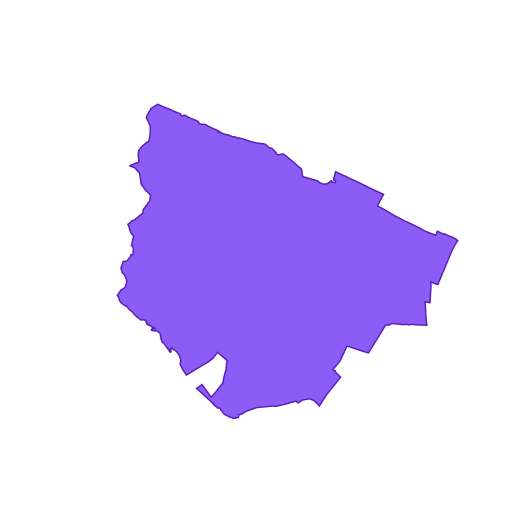 Dumesti, Vaslui, Romania, rotated 130°
{"feature_id": "2599482B81898841183447", "entity_name": "Dumesti", "entity_type": "district", "adm_level": 2, "iso_a3": "ROU", "parent_name": "Romania", "parent_adm1": "Vaslui", "projection": "albers", "projection_center": [27.317, 46.829], "detail": "fine", "context": "isolated", "style": "filled", "palette": "violet", "viewbox_px": 512, "rotation_deg": 130, "n_neighbors": 0, "source": "geoboundaries", "source_scale": "gbopen_adm2", "svg_char_len": 6144}
<svg xmlns="http://www.w3.org/2000/svg" viewBox="0 0 512 512"><g transform="rotate(130 256 256)"><path d="M268.4,410.9L268.1,410.5L266.8,407.0L266.4,405.5L266.6,403.6L267.4,398.5L269.1,396.4L273.4,391.7L273.9,390.8L274.1,390.2L274.5,390.4L275.4,388.5L275.3,386.7L276.2,385.0L276.8,382.2L276.6,381.3L276.7,380.3L276.8,378.2L277.2,376.8L277.2,375.9L277.5,375.6L278.9,374.9L279.4,374.4L281.0,373.6L281.6,373.1L282.4,372.8L283.4,372.7L284.2,372.9L286.3,372.5L288.2,372.5L290.3,372.3L292.0,372.3L293.0,372.2L293.7,371.8L295.2,370.6L295.7,370.4L297.2,370.5L298.6,370.9L301.6,371.3L302.5,371.3L304.5,372.2L305.3,371.9L306.0,372.0L307.1,372.5L308.4,373.4L309.4,373.8L311.1,374.0L311.9,373.9L312.4,374.0L313.7,374.6L314.1,374.4L314.4,374.1L314.8,372.8L317.4,369.1L318.2,367.7L318.9,365.8L319.6,362.3L319.9,362.1L323.3,360.7L327.5,358.2L328.0,358.2L328.1,357.1L328.4,356.1L328.8,355.1L329.7,354.2L331.2,353.4L332.1,352.4L333.8,351.4L334.1,351.2L334.5,351.6L334.8,352.3L335.3,352.6L335.7,352.6L337.0,351.8L337.4,351.7L338.6,351.8L340.8,351.7L342.7,351.7L343.5,352.0L345.5,354.2L349.8,352.5L350.6,352.3L351.9,351.7L352.5,351.3L353.3,349.8L354.1,348.5L354.8,347.7L354.8,347.0L354.7,345.3L356.5,341.6L357.8,339.4L359.5,338.1L363.7,336.3L364.4,336.2L365.5,336.3L368.9,337.6L375.0,336.9L375.5,336.8L375.6,335.7L375.9,334.9L376.2,334.2L377.0,333.2L377.7,331.9L378.2,330.8L378.6,329.3L378.2,323.8L377.9,323.0L377.7,321.9L378.1,320.7L378.3,319.7L378.5,316.8L378.2,315.8L378.6,313.8L378.6,313.2L378.9,312.5L379.0,311.5L379.2,307.6L379.0,305.8L378.9,302.7L378.5,302.6L377.3,301.3L376.7,300.0L376.2,299.3L376.2,298.9L376.2,298.5L376.9,297.8L377.4,297.5L377.2,297.1L377.2,296.7L378.1,296.3L378.3,295.7L378.4,294.7L378.3,294.2L377.6,294.2L377.1,288.9L377.2,288.2L376.9,288.0L376.3,288.3L376.3,287.5L376.8,286.9L378.1,288.3L378.5,288.7L379.3,288.9L379.8,288.8L380.0,288.5L380.0,287.9L378.6,285.8L378.3,285.6L378.2,284.8L377.5,284.5L377.2,284.2L377.0,283.5L377.0,282.3L376.8,281.0L376.9,280.1L377.2,279.1L378.3,278.2L379.2,277.2L379.3,276.8L379.3,276.4L379.8,276.0L380.4,275.7L380.8,275.2L381.5,273.4L382.3,272.1L382.4,271.8L382.0,270.8L383.2,266.3L384.0,262.9L383.6,262.7L383.4,262.4L383.4,261.9L383.8,261.6L384.6,261.3L384.8,260.9L384.8,260.5L384.7,259.7L384.4,259.5L383.9,259.8L381.9,261.4L381.7,261.8L381.4,261.9L381.1,261.8L380.8,261.1L380.4,260.8L380.4,260.4L380.7,259.6L380.7,258.8L380.6,258.5L380.3,258.4L380.3,256.6L380.4,254.9L380.7,253.4L381.3,251.5L383.3,247.7L384.6,246.4L387.5,244.6L388.1,244.1L389.1,240.9L389.9,239.7L390.6,237.4L391.3,234.6L392.0,232.8L385.4,230.5L380.3,228.9L376.4,227.5L374.1,226.8L369.5,225.0L366.3,224.1L361.8,223.2L354.4,223.4L354.7,211.0L355.6,210.3L358.0,208.9L361.7,206.3L369.0,202.9L371.7,201.4L374.3,199.8L386.2,199.4L392.6,199.5L392.4,201.7L389.2,214.7L395.6,216.5L396.4,197.6L396.5,194.4L396.8,194.4L396.9,193.5L396.3,193.5L396.5,192.8L397.0,192.4L397.2,190.6L396.8,189.0L397.1,188.3L397.0,187.6L396.8,187.0L396.3,186.7L396.1,186.1L395.7,185.8L395.8,184.7L396.5,184.1L396.5,182.8L396.9,181.5L397.2,181.0L397.5,179.1L397.4,177.2L396.7,175.2L396.8,174.5L396.6,174.2L396.6,173.5L396.4,173.3L396.1,172.3L395.9,171.5L395.5,171.2L395.3,170.8L395.2,169.9L395.0,169.1L394.7,168.8L394.2,168.5L394.1,168.2L393.7,167.7L393.3,167.4L392.8,167.4L392.5,167.0L391.8,166.7L391.1,165.6L389.0,166.9L388.1,166.8L387.7,166.3L385.2,164.9L382.1,164.0L378.9,162.3L374.2,159.6L371.2,157.6L369.3,155.8L366.5,152.9L362.2,148.8L360.2,146.7L358.4,144.6L358.7,144.4L358.0,143.8L350.3,138.1L341.4,132.1L341.6,130.9L341.5,129.4L336.1,127.6L331.0,123.2L330.9,122.8L329.7,119.6L329.4,117.7L329.6,115.4L330.0,112.7L330.4,111.3L330.3,111.1L316.8,112.8L294.4,113.3L294.3,114.1L294.4,115.3L294.1,116.4L294.2,117.4L294.2,118.1L294.0,118.8L294.0,119.7L293.8,120.3L293.2,121.2L293.1,121.5L293.2,121.8L293.7,122.4L293.7,122.9L293.5,124.1L282.8,124.1L266.4,128.4L260.0,112.2L257.9,107.6L225.3,112.3L223.7,109.9L222.8,109.4L220.6,108.7L220.2,108.2L216.8,103.4L215.8,101.8L213.8,98.9L211.8,97.1L210.6,94.8L208.1,92.7L205.8,89.1L204.1,86.9L200.3,82.2L199.4,80.6L197.9,82.0L195.0,85.2L184.8,94.7L182.6,97.1L179.9,92.7L170.6,99.7L167.1,102.1L163.7,105.5L161.1,98.4L125.3,109.5L120.3,110.6L114.5,111.4L114.7,114.9L115.2,117.1L116.0,119.6L116.4,120.4L116.9,121.8L117.9,126.0L118.6,125.9L119.3,128.5L120.0,131.4L120.5,133.0L124.6,131.7L128.6,143.3L129.0,146.4L130.0,151.2L130.3,152.1L132.0,159.1L133.5,164.3L134.3,167.7L134.4,168.5L134.7,170.1L135.8,174.5L136.7,179.6L138.1,188.2L139.5,195.1L138.9,195.4L126.8,197.9L131.1,213.7L132.4,219.4L134.1,226.4L135.5,231.0L135.7,231.5L137.0,236.9L137.1,238.1L137.9,240.2L140.3,249.2L147.6,245.8L147.8,245.6L147.8,245.2L147.1,243.4L149.1,242.7L150.8,246.2L149.9,246.5L150.0,246.9L151.6,247.0L153.2,247.3L154.4,247.8L155.5,248.4L156.4,249.2L157.7,250.6L158.3,252.2L158.9,254.3L158.8,257.1L165.2,271.3L162.8,274.1L160.2,276.8L160.1,278.7L160.3,281.8L160.2,283.5L160.0,285.5L160.1,298.2L160.2,300.1L160.6,301.1L164.0,303.8L164.4,304.5L164.6,305.2L164.5,306.1L163.9,307.2L163.7,308.8L163.4,312.5L163.5,313.2L164.4,315.4L164.6,316.4L164.5,320.8L166.3,324.2L166.9,324.9L167.7,325.9L170.9,331.7L172.7,335.9L173.4,338.1L175.3,342.6L176.0,343.4L176.1,344.3L177.4,346.2L178.1,348.4L179.1,349.7L179.8,350.9L181.1,355.0L182.4,357.3L183.2,358.9L183.6,360.2L184.1,362.8L184.7,363.7L185.4,364.2L185.2,364.5L184.1,364.4L184.4,365.3L184.9,367.8L185.8,370.1L186.7,374.0L187.4,376.1L187.4,377.1L187.8,377.7L187.5,378.6L187.9,379.6L188.5,380.2L188.7,380.8L189.4,381.4L190.5,383.1L191.0,384.1L191.0,384.8L190.5,385.8L190.1,386.7L191.0,390.1L191.5,391.0L191.7,392.4L192.6,394.0L192.6,395.0L193.2,397.2L193.2,398.0L193.6,399.1L193.8,400.2L193.9,401.0L195.3,402.2L196.0,402.4L196.2,402.7L196.4,403.0L196.1,404.0L195.7,404.8L196.0,406.5L196.6,407.7L199.3,417.4L200.0,418.9L200.5,420.8L202.1,425.6L202.7,428.0L203.0,428.9L203.5,428.9L206.3,430.0L209.7,430.9L210.5,431.4L211.2,431.0L215.4,430.4L219.4,429.5L219.9,429.2L220.9,428.4L221.9,425.6L224.6,420.4L229.0,416.7L232.6,414.2L237.2,411.8L239.0,412.7L246.1,413.9L250.8,413.5L254.0,411.5L259.0,406.2L259.8,406.3L262.7,408.1L266.1,409.8L268.4,410.9Z" fill="#8b5cf6" stroke="#5b21b6" stroke-width="1.5"/></g></svg>